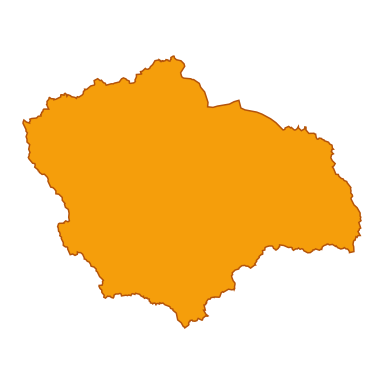 Thayet, Magway, Myanmar (orthographic projection)
{"feature_id": "60261553B17186200244276", "entity_name": "Thayet", "entity_type": "district", "adm_level": 2, "iso_a3": "MMR", "parent_name": "Myanmar", "parent_adm1": "Magway", "projection": "orthographic", "projection_center": [95.047, 19.416], "detail": "fine", "context": "isolated", "style": "filled", "palette": "amber", "viewbox_px": 384, "rotation_deg": 0, "n_neighbors": 0, "source": "geoboundaries", "source_scale": "gbopen_adm2", "svg_char_len": 5892}
<svg xmlns="http://www.w3.org/2000/svg" viewBox="0 0 384 384"><path d="M346.7,181.5L344.1,180.5L343.1,178.9L341.4,178.5L339.0,176.4L338.3,174.5L335.9,174.3L333.5,168.4L332.4,167.0L333.9,165.8L335.2,163.6L332.3,160.7L330.8,157.8L331.6,154.7L333.4,153.8L331.3,151.7L331.9,150.9L331.6,150.1L332.1,149.3L333.4,149.2L332.4,148.0L332.0,145.2L329.7,144.0L328.5,142.2L324.3,140.7L324.2,140.1L321.9,139.2L321.6,138.5L319.2,138.1L318.3,139.1L317.3,139.2L316.2,137.5L315.6,134.1L314.8,134.1L314.0,133.3L308.8,133.4L306.0,130.0L306.0,127.2L304.9,126.9L304.5,128.9L301.4,130.7L298.6,128.0L298.4,126.5L297.2,128.6L295.6,129.9L294.3,130.0L291.3,127.4L290.6,127.9L288.7,126.4L285.1,128.0L284.8,129.4L283.1,130.0L275.9,122.7L270.6,118.8L261.9,114.1L256.7,112.1L245.0,109.9L240.9,108.0L238.9,100.3L234.1,101.7L229.4,104.1L217.5,106.1L213.0,107.4L207.6,106.8L208.0,102.4L204.6,91.9L200.7,87.3L199.3,83.4L193.7,79.6L191.9,79.5L190.9,78.8L183.5,78.1L181.7,76.7L180.6,72.8L184.7,66.3L184.0,63.8L181.0,60.8L176.4,59.7L174.5,58.0L174.1,56.2L173.2,56.1L170.9,57.5L171.0,59.4L170.6,59.4L169.9,61.2L168.2,60.7L168.0,60.0L166.0,59.6L165.6,60.5L163.3,61.3L163.0,60.7L162.0,60.7L161.9,61.3L161.0,61.7L160.4,61.3L160.3,60.5L159.0,59.6L158.9,60.3L158.4,60.0L155.0,60.7L152.7,64.6L150.4,66.7L149.8,68.1L148.0,69.3L146.1,69.1L145.3,68.4L142.3,71.2L140.5,71.6L140.8,72.8L141.5,73.2L141.6,73.9L141.2,74.1L136.4,74.5L136.4,77.0L135.0,80.0L135.4,81.5L133.8,82.9L130.3,83.4L129.4,83.0L129.3,81.1L126.4,79.7L126.0,78.9L123.4,77.9L121.5,78.9L119.3,82.0L114.2,83.2L113.4,83.8L111.2,83.8L106.2,85.2L105.2,83.2L103.5,82.7L101.4,80.2L100.1,80.6L97.7,78.7L94.1,80.6L94.7,84.1L94.4,85.0L90.7,86.0L86.7,89.4L84.6,89.2L84.8,90.4L83.5,91.3L83.2,93.8L82.2,95.0L78.9,97.1L77.3,96.7L76.4,98.4L75.0,97.4L71.5,96.7L70.5,95.7L67.8,94.7L66.9,96.3L66.2,94.2L65.1,93.3L64.2,94.0L64.0,95.2L61.8,94.7L60.8,94.9L60.7,96.9L55.8,99.3L53.9,99.7L54.0,98.9L50.9,98.6L49.7,97.5L49.2,97.6L48.8,99.3L47.0,101.4L47.1,104.0L46.6,104.4L48.7,109.1L43.9,109.1L43.3,109.6L42.7,111.7L41.7,112.3L41.4,113.9L40.7,114.5L41.1,115.9L38.2,116.3L36.8,117.8L35.9,118.1L31.7,118.5L29.8,119.2L30.4,120.7L29.5,122.0L29.6,123.1L26.5,122.1L23.9,120.0L23.2,121.8L23.0,123.3L26.0,129.5L26.0,131.2L27.4,132.9L26.1,136.7L27.0,139.2L27.0,142.0L29.7,144.6L28.7,149.2L30.0,152.5L29.1,154.2L29.2,155.5L28.3,157.4L29.0,158.9L32.6,163.2L34.8,163.6L35.2,165.2L34.7,167.1L38.0,169.8L38.1,170.7L39.2,171.4L39.4,172.4L42.1,174.4L44.4,174.2L47.4,177.3L48.2,179.2L48.0,181.3L50.7,187.1L52.9,187.6L54.4,188.9L55.9,190.9L55.9,193.8L58.8,194.2L62.2,197.4L62.3,200.3L65.0,203.5L64.5,204.1L65.4,207.3L68.3,209.4L69.1,213.3L68.7,217.3L69.4,220.8L68.0,221.8L65.7,220.9L63.9,222.6L63.9,223.2L59.4,223.3L58.5,223.9L57.6,226.8L58.2,227.6L58.6,231.3L59.5,232.0L60.2,234.1L59.8,235.7L61.5,237.2L61.3,238.6L63.3,242.6L63.3,245.4L65.4,246.9L67.1,247.0L67.6,247.5L67.7,249.0L70.2,254.7L72.7,254.0L75.0,255.4L77.3,254.3L77.4,252.0L78.4,252.6L80.6,252.6L82.6,254.2L84.4,258.1L84.2,258.9L85.9,259.5L87.4,261.4L88.8,261.7L90.3,263.7L91.1,266.2L94.0,267.0L96.2,269.1L96.1,270.9L97.3,271.8L99.6,276.6L103.4,280.3L102.5,281.4L102.7,283.3L102.1,285.2L99.1,285.4L99.0,286.4L100.1,288.6L101.7,290.0L101.9,292.5L104.2,295.3L103.8,297.2L105.5,298.1L107.7,296.1L109.1,296.5L110.0,296.2L111.2,297.4L113.2,298.0L113.9,296.9L114.0,295.2L115.7,294.0L118.2,294.0L120.0,293.4L121.2,294.2L121.5,295.9L126.0,295.2L127.5,295.6L128.8,295.0L130.9,295.6L131.8,294.0L132.7,293.7L134.9,294.4L135.5,293.3L139.7,294.3L140.7,295.7L142.8,296.9L143.5,296.4L143.7,297.4L144.5,298.3L145.9,297.7L146.3,298.2L147.1,298.0L147.7,298.8L149.3,299.1L149.2,300.9L150.2,301.6L150.5,302.9L152.7,303.4L152.8,303.8L154.1,303.0L155.4,303.4L156.1,305.4L155.9,303.8L158.2,303.4L159.2,304.1L159.8,303.8L159.9,302.8L161.4,303.4L162.9,303.0L165.0,304.8L169.8,306.6L170.6,308.4L172.9,309.2L173.0,310.4L176.3,313.1L177.7,319.9L181.2,322.7L183.3,326.5L184.3,327.0L184.8,327.9L188.5,325.2L188.9,324.3L188.6,323.2L189.0,322.0L189.9,321.6L190.1,320.5L192.1,320.1L192.6,321.0L195.0,321.2L196.9,320.6L198.2,318.4L201.7,320.1L202.4,320.0L203.0,318.1L205.4,316.1L205.9,316.2L206.1,315.7L207.4,316.2L208.0,315.9L205.9,314.2L203.6,310.2L205.3,310.1L204.0,305.0L205.5,304.7L205.8,303.4L206.1,303.6L206.7,302.8L206.4,302.0L206.9,300.9L208.3,299.1L210.1,299.1L211.1,297.6L213.6,297.2L214.1,297.5L214.5,297.0L219.2,297.2L219.8,296.7L221.2,292.8L222.6,291.7L223.4,292.2L228.5,289.2L231.7,289.8L233.1,289.6L234.0,288.9L234.2,289.6L234.7,288.5L234.5,286.9L235.0,284.0L234.9,283.0L233.1,280.7L231.7,276.9L231.6,275.5L232.6,274.7L232.2,272.9L235.2,270.0L238.7,269.0L239.3,267.7L241.8,265.7L244.8,265.4L246.0,266.1L248.0,266.2L250.6,268.1L254.6,265.1L255.5,265.0L254.8,263.9L256.7,261.2L256.4,260.4L259.2,257.6L259.1,256.5L260.9,254.8L262.4,254.3L262.1,253.9L262.8,253.2L262.5,250.6L264.8,250.0L265.0,247.6L266.4,246.8L269.1,246.0L272.0,246.0L272.8,246.5L273.6,248.4L275.4,249.4L275.5,249.9L276.3,249.9L278.3,248.3L278.8,247.1L279.6,246.8L279.6,244.9L283.8,245.5L288.4,247.5L291.1,247.3L292.3,248.0L292.2,248.9L293.4,250.3L295.9,248.8L297.2,249.0L298.5,248.0L300.1,249.3L301.8,248.7L303.2,249.4L303.8,250.7L307.7,252.8L310.3,252.6L312.9,250.6L313.1,249.8L314.5,249.8L315.5,248.9L319.4,250.2L321.1,249.1L321.7,249.4L322.3,247.0L323.8,245.7L326.9,244.5L327.1,244.0L328.4,244.2L329.3,244.9L332.4,244.4L335.6,246.4L336.1,245.9L337.6,247.6L340.8,249.0L343.3,248.4L344.3,247.6L346.0,248.9L347.2,248.9L348.2,249.6L349.5,251.7L349.5,252.6L353.9,251.6L353.7,246.8L353.0,244.3L353.5,241.4L354.4,240.1L355.1,240.1L356.0,236.7L357.1,237.3L357.5,236.2L358.3,235.6L360.2,235.5L358.0,231.5L359.2,230.0L359.4,228.8L360.7,228.1L358.8,222.5L361.0,220.7L360.3,218.9L360.8,217.1L360.1,216.1L360.1,213.0L357.1,207.7L354.0,204.9L351.0,198.9L351.1,198.0L352.6,196.2L352.2,194.8L350.7,192.9L351.0,190.8L350.5,188.7L350.9,187.6L347.2,182.8L346.7,181.5Z" fill="#f59e0b" stroke="#b45309" stroke-width="1.5"/></svg>